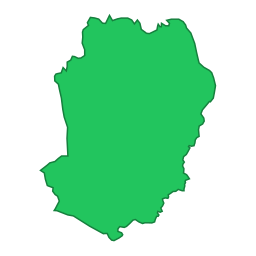 Sanquin Dist #2, Sinoe, Liberia (Albers equal-area conic projection)
{"feature_id": "62588387B29712288551419", "entity_name": "Sanquin Dist #2", "entity_type": "district", "adm_level": 2, "iso_a3": "LBR", "parent_name": "Liberia", "parent_adm1": "Sinoe", "projection": "albers", "projection_center": [-9.171, 5.211], "detail": "fine", "context": "isolated", "style": "filled", "palette": "green", "viewbox_px": 256, "rotation_deg": 0, "n_neighbors": 0, "source": "geoboundaries", "source_scale": "gbopen_adm2", "svg_char_len": 2322}
<svg xmlns="http://www.w3.org/2000/svg" viewBox="0 0 256 256"><path d="M210.4,101.8L213.3,98.1L214.4,92.3L215.5,85.7L213.6,77.9L211.7,72.7L209.5,70.5L203.7,67.2L199.1,63.0L198.6,61.2L196.6,52.6L194.7,43.5L190.8,33.0L186.5,28.0L185.6,25.0L183.9,22.7L183.2,21.7L178.8,19.2L171.4,19.2L166.7,20.3L169.5,23.3L168.7,25.8L165.6,25.8L161.5,23.3L161.3,26.7L159.9,26.7L158.2,24.2L157.7,25.8L156.9,30.0L149.5,33.6L146.5,33.3L141.3,29.4L139.9,23.3L137.4,20.0L134.4,23.9L131.7,20.0L127.8,18.1L121.1,18.1L117.4,18.9L112.5,20.6L109.5,15.4L107.8,18.9L105.6,23.4L102.5,23.2L98.7,19.1L94.8,18.0L90.4,17.4L87.4,22.7L88.5,25.4L83.3,29.6L83.1,30.3L82.5,32.1L82.8,37.0L82.2,43.1L84.7,49.7L84.7,55.5L81.4,57.7L80.9,58.0L78.1,58.3L74.6,56.6L72.4,56.3L70.7,60.2L67.2,62.1L67.2,66.5L66.3,70.9L63.1,67.6L61.3,72.6L61.1,72.9L57.6,73.6L55.9,74.1L54.6,76.2L54.8,80.9L58.4,84.2L58.6,85.2L59.5,89.7L60.4,93.6L61.0,96.3L61.4,98.0L62.8,109.3L64.2,117.0L67.6,127.3L67.0,138.4L67.8,154.0L67.9,156.0L61.6,156.0L58.3,158.5L55.0,161.5L49.8,162.9L47.3,165.1L40.5,170.4L44.3,172.9L45.4,179.2L47.3,185.5L48.7,186.1L53.1,187.7L52.7,191.2L55.1,194.5L57.6,196.2L59.3,201.1L55.4,208.6L54.2,210.5L57.0,210.7L67.8,214.9L73.4,215.9L89.7,226.2L103.4,233.7L105.0,233.5L107.2,233.5L109.0,237.4L111.6,240.1L114.0,240.6L116.3,239.4L118.8,238.1L122.1,235.8L122.7,234.7L121.6,232.8L117.9,231.4L117.9,228.9L118.2,228.5L119.7,226.6L124.3,227.4L126.5,226.4L130.0,223.2L133.0,220.1L135.3,219.5L138.9,221.9L142.6,223.5L144.8,222.8L148.6,222.8L151.9,222.9L154.6,221.9L155.0,220.4L155.5,218.9L156.6,216.4L158.2,216.2L158.9,215.0L157.4,213.0L157.9,211.4L160.2,212.2L162.2,211.3L160.8,208.0L162.6,205.8L163.8,203.1L162.8,200.7L162.5,198.8L165.2,197.9L167.9,198.3L168.6,196.9L168.2,194.8L170.5,193.4L173.0,191.5L175.8,191.3L178.2,189.4L182.1,190.7L184.0,190.7L184.0,188.9L184.8,186.0L184.6,184.1L185.5,182.7L185.1,181.3L185.6,180.3L189.4,178.8L187.7,176.2L186.6,174.7L183.5,173.0L183.7,171.6L183.9,168.6L182.6,166.1L182.9,164.2L184.3,162.1L182.8,159.9L183.6,156.6L186.3,154.5L187.9,151.7L189.9,147.9L188.5,146.7L189.2,145.6L191.4,146.2L194.0,145.7L194.5,144.0L194.9,143.0L195.3,139.8L195.7,139.3L196.8,137.6L199.1,136.4L198.5,129.7L199.2,126.0L202.6,124.0L204.2,121.1L203.8,118.1L200.9,113.9L202.4,109.9L209.4,101.5L210.4,101.8Z" fill="#22c55e" stroke="#15803d" stroke-width="1.5"/></svg>